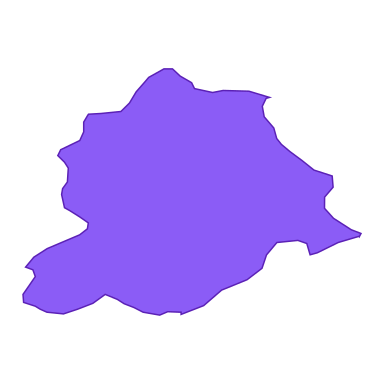 Borås, Västra Götaland, Sweden
{"feature_id": "70781695B44475344779169", "entity_name": "Borås", "entity_type": "district", "adm_level": 2, "iso_a3": "SWE", "parent_name": "Sweden", "parent_adm1": "Västra Götaland", "projection": "robinson", "projection_center": [12.965, 57.764], "detail": "fine", "context": "isolated", "style": "filled", "palette": "violet", "viewbox_px": 384, "rotation_deg": 0, "n_neighbors": 0, "source": "geoboundaries", "source_scale": "gbopen_adm2", "svg_char_len": 1141}
<svg xmlns="http://www.w3.org/2000/svg" viewBox="0 0 384 384"><path d="M181.1,314.4L203.7,305.6L221.6,290.1L247.1,279.7L262.0,268.3L266.5,254.9L276.9,242.5L297.9,240.4L306.8,243.5L310.1,254.8L317.3,252.8L338.2,242.5L359.1,236.3L359.3,236.7L361.0,233.5L351.2,229.7L333.5,218.3L324.5,208.3L324.6,197.1L333.1,187.2L332.2,176.0L314.0,170.1L302.5,160.9L290.1,151.7L281.4,144.4L276.7,138.5L273.8,128.0L264.2,116.8L262.3,106.3L266.1,98.4L269.5,97.4L264.2,95.8L248.9,91.2L223.1,90.5L212.6,92.5L194.5,88.6L191.6,82.7L180.2,76.1L172.5,68.9L168.9,68.9L163.9,68.9L148.7,77.4L144.8,82.0L136.2,91.8L129.5,103.0L120.9,111.5L100.9,113.5L88.5,114.2L87.8,115.2L83.7,122.1L83.7,131.9L79.8,140.5L60.7,149.7L57.8,155.6L64.5,162.2L68.3,168.1L67.4,182.0L62.6,188.6L61.6,194.5L64.5,207.7L69.2,210.3L79.7,216.9L88.3,222.9L87.4,228.8L79.7,234.8L47.2,248.6L33.8,257.2L25.6,267.1L32.9,269.8L35.3,276.6L29.8,284.6L23.0,294.4L23.6,302.4L35.3,306.2L40.2,309.2L46.9,312.2L63.5,313.9L77.6,309.2L92.9,303.3L105.2,294.4L117.4,299.4L124.1,303.7L133.9,307.5L143.1,312.2L159.7,315.1L167.7,311.7L181.1,312.2L181.1,314.4Z" fill="#8b5cf6" stroke="#5b21b6" stroke-width="1.5"/></svg>